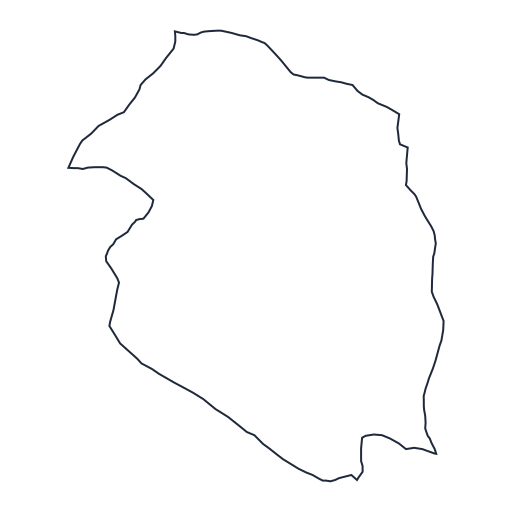 Erbil, Arbil, Iraq (Natural Earth projection)
{"feature_id": "34846034B81757937090155", "entity_name": "Erbil", "entity_type": "district", "adm_level": 2, "iso_a3": "IRQ", "parent_name": "Iraq", "parent_adm1": "Arbil", "projection": "natural_earth1", "projection_center": [44.002, 36.09], "detail": "fine", "context": "isolated", "style": "outline", "palette": "slate", "viewbox_px": 512, "rotation_deg": 0, "n_neighbors": 0, "source": "geoboundaries", "source_scale": "gbopen_adm2", "svg_char_len": 2573}
<svg xmlns="http://www.w3.org/2000/svg" viewBox="0 0 512 512"><path d="M68.4,167.8L73.5,168.1L77.5,168.1L80.1,168.5L82.7,169.0L87.8,167.6L94.5,167.2L98.9,167.2L102.9,167.2L106.6,167.6L112.1,170.4L120.6,175.8L125.7,178.1L133.8,184.1L141.6,189.1L145.6,192.7L153.3,200.0L151.9,206.0L148.5,212.4L145.6,216.0L143.4,218.7L139.0,219.2L136.0,220.1L135.3,221.5L132.0,224.7L127.5,232.0L121.3,236.1L116.1,239.3L113.2,244.3L110.2,247.0L108.0,250.7L106.9,253.9L105.8,256.2L106.2,261.2L111.3,268.5L117.2,278.1L119.0,282.6L117.2,289.9L114.7,303.4L113.5,310.0L110.1,321.9L109.4,326.0L115.7,336.1L120.1,343.4L126.7,349.3L137.4,358.9L141.4,363.4L151.8,368.9L159.1,373.9L173.5,382.2L193.0,392.7L203.3,399.1L215.5,409.1L228.0,416.9L242.8,428.7L246.8,432.0L254.4,435.2L263.1,444.0L269.2,448.4L276.4,454.1L283.0,459.2L290.2,463.6L298.3,468.6L306.0,472.4L312.6,475.0L319.2,478.8L322.8,480.6L325.9,480.6L330.5,481.3L335.1,480.0L339.1,478.1L351.4,475.0L357.0,480.0L358.5,477.5L362.6,471.8L362.6,466.1L361.1,461.1L361.1,456.6L361.1,448.4L362.1,437.7L365.7,435.8L373.8,434.5L382.0,435.2L389.6,438.3L398.8,443.4L406.0,449.1L414.1,447.8L422.3,449.1L434.5,453.5L436.2,453.8L434.8,449.3L431.5,442.9L429.7,438.3L427.8,436.0L426.0,431.0L425.2,428.3L425.6,422.8L425.2,415.9L424.1,409.6L423.8,405.9L423.8,401.3L423.7,395.9L424.5,393.1L425.6,388.6L427.8,382.2L428.9,378.5L432.9,368.5L435.5,360.7L439.6,345.6L441.4,340.6L443.2,330.1L443.6,321.0L441.7,316.0L437.7,305.5L436.9,303.6L433.6,296.8L431.8,291.8L432.1,279.0L432.5,273.5L432.8,263.5L433.2,256.6L434.3,253.4L435.0,248.4L435.8,243.4L435.0,238.8L434.7,235.2L433.6,231.1L431.0,226.0L427.3,220.1L426.2,218.3L424.3,215.1L421.0,208.7L418.8,203.2L416.2,196.8L414.4,194.1L410.7,190.4L405.9,185.0L406.6,181.3L407.0,169.0L406.3,163.1L407.7,147.5L400.0,144.3L398.9,140.7L398.1,132.9L397.4,127.9L398.5,119.7L399.2,114.2L390.8,109.2L386.7,106.9L377.9,103.3L373.5,100.1L368.7,97.3L362.4,94.6L357.6,91.0L352.5,85.0L346.2,83.7L341.4,82.3L335.6,81.4L328.9,80.0L324.1,77.7L308.0,77.7L305.0,77.3L298.0,75.4L293.6,74.5L290.7,72.2L281.1,60.4L277.4,56.3L272.3,50.8L267.1,45.3L264.5,43.0L262.0,42.1L257.9,40.3L250.9,38.0L246.1,36.2L239.9,35.3L231.8,33.0L225.5,31.6L221.1,30.7L216.7,30.7L208.3,31.2L204.2,31.6L200.9,32.5L197.2,34.4L194.3,34.8L188.4,34.4L184.0,33.0L181.4,33.0L174.9,31.4L175.3,36.0L175.3,41.5L173.6,48.6L165.9,58.2L160.6,65.8L153.2,73.3L145.5,79.4L140.6,85.0L139.4,89.5L134.9,97.6L133.2,99.7L129.2,104.7L123.9,112.2L117.4,114.8L109.6,119.8L98.6,125.9L91.3,133.5L82.3,140.5L79.9,144.1L73.3,156.7L68.4,167.8Z" fill="none" stroke="#1e293b" stroke-width="2"/></svg>